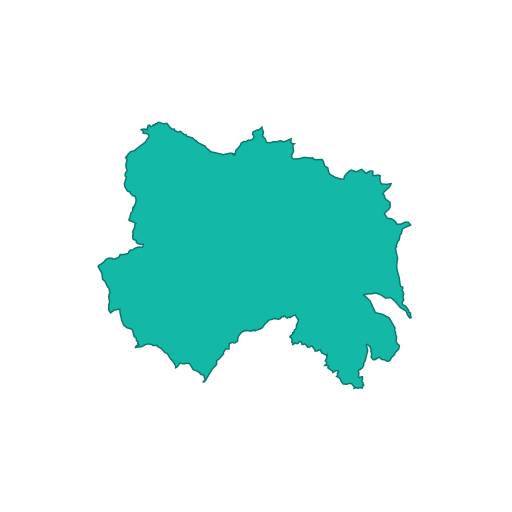 outline of Cayambe, Pichincha, Ecuador, rotated 236°
{"feature_id": "8360857B65214647181775", "entity_name": "Cayambe", "entity_type": "district", "adm_level": 2, "iso_a3": "ECU", "parent_name": "Ecuador", "parent_adm1": "Pichincha", "projection": "robinson", "projection_center": [-78.111, -0.003], "detail": "fine", "context": "isolated", "style": "filled", "palette": "teal", "viewbox_px": 512, "rotation_deg": 236, "n_neighbors": 0, "source": "geoboundaries", "source_scale": "gbopen_adm2", "svg_char_len": 6143}
<svg xmlns="http://www.w3.org/2000/svg" viewBox="0 0 512 512"><g transform="rotate(236 256 256)"><path d="M337.1,129.8L336.0,126.1L336.1,120.2L335.5,119.2L327.6,118.5L322.6,115.8L319.3,116.6L313.5,115.8L310.7,116.1L309.1,114.9L306.8,114.4L306.4,112.9L304.4,111.0L299.5,108.8L298.1,106.8L293.7,103.7L290.2,103.6L290.4,108.5L288.0,113.4L285.3,111.7L278.0,108.8L272.7,107.7L268.6,108.9L265.4,111.7L263.6,112.2L257.2,109.9L255.3,110.9L252.5,109.5L250.9,110.4L249.5,109.0L248.0,109.3L248.6,106.7L247.3,104.4L247.4,105.3L244.7,110.9L244.3,115.3L243.2,117.7L240.8,120.2L239.5,120.4L237.3,123.8L236.3,123.7L231.9,125.9L227.2,126.4L224.7,127.9L218.4,127.6L215.3,128.3L210.2,128.0L208.3,126.9L208.1,128.3L209.8,133.1L206.9,135.8L205.7,138.9L203.8,140.8L197.0,140.4L193.4,142.9L190.8,143.9L188.6,144.0L187.4,145.4L186.1,145.9L181.9,144.7L181.2,141.9L180.7,142.2L180.8,143.8L186.8,156.6L188.0,162.5L191.3,165.0L191.2,167.4L192.9,174.4L194.2,174.8L195.8,178.7L195.8,179.3L194.0,181.5L198.3,184.7L197.7,188.1L196.4,188.9L195.6,190.4L195.9,191.2L195.6,192.5L195.8,193.3L197.4,194.1L199.5,196.9L200.9,201.0L200.4,205.2L199.8,205.3L199.4,206.8L196.4,209.9L196.4,212.0L195.7,211.9L195.2,212.4L195.4,213.2L194.5,213.5L195.0,214.7L194.3,214.9L193.6,216.9L193.9,217.7L192.9,218.8L193.2,220.0L192.9,220.9L194.7,225.5L195.6,231.5L194.6,233.5L193.8,236.9L192.9,237.0L192.6,238.0L190.9,239.1L190.5,241.6L191.3,242.0L190.9,242.6L191.3,243.7L190.3,244.6L190.7,245.5L190.0,246.4L187.2,246.9L186.7,249.3L185.6,250.3L186.0,251.6L185.2,255.5L179.6,255.4L178.6,254.8L176.7,252.4L176.7,251.4L174.5,249.8L173.3,248.2L173.0,246.1L171.5,244.9L172.0,243.6L170.7,242.8L170.4,239.2L169.6,238.8L168.5,239.5L165.9,238.8L164.5,237.4L162.8,237.7L162.1,236.9L161.7,238.1L162.3,239.6L160.6,240.7L160.1,242.4L160.8,243.7L160.3,244.7L158.7,245.6L157.1,244.6L156.2,245.8L156.0,247.2L153.3,248.0L151.5,247.7L150.6,249.4L150.6,251.7L150.1,252.1L145.4,252.3L144.1,251.8L142.9,254.1L142.6,256.8L138.9,256.3L135.2,258.4L134.7,259.8L134.0,260.0L133.5,258.7L132.0,258.0L130.4,254.8L128.7,255.3L127.2,254.3L126.8,251.8L124.8,254.5L124.1,254.5L123.1,253.0L118.0,255.0L116.4,254.6L116.3,257.8L115.6,259.4L114.6,259.9L113.8,259.8L113.5,258.1L111.3,256.8L111.1,255.5L107.8,257.2L104.2,256.5L101.2,256.7L99.0,259.4L98.4,261.7L96.9,263.8L92.3,264.3L91.5,263.3L90.4,266.2L89.2,266.7L88.8,268.9L87.1,269.9L88.5,271.8L88.7,273.2L90.1,273.0L90.9,273.8L92.8,273.5L95.2,276.1L96.5,276.7L97.3,274.6L97.2,273.8L98.5,273.4L101.6,276.0L103.3,276.3L104.1,278.1L103.6,278.9L103.8,281.5L105.3,284.4L107.0,285.3L107.9,287.6L115.0,295.6L120.7,297.9L120.5,298.9L116.6,300.0L115.9,299.3L114.2,299.4L112.9,298.0L110.1,297.2L107.8,294.9L104.5,295.1L103.5,296.7L103.2,301.7L99.8,302.4L97.9,304.7L96.4,305.2L94.8,306.8L94.5,308.6L96.0,311.4L96.8,315.8L98.1,317.4L99.0,322.1L101.0,324.5L102.5,324.7L104.3,324.0L107.3,324.6L110.3,327.3L113.3,328.0L114.8,329.1L116.2,328.9L118.7,331.0L130.2,331.8L136.9,328.3L142.2,323.3L154.9,325.5L163.7,323.6L161.8,328.1L160.4,329.8L158.4,334.7L153.9,337.8L148.7,339.9L146.0,344.6L140.2,346.0L132.7,346.8L126.4,349.6L122.3,348.7L118.5,348.9L118.3,350.3L119.6,350.4L122.3,352.2L123.6,351.4L125.4,352.1L130.4,352.1L133.9,350.3L135.8,351.3L137.0,354.0L140.0,355.0L142.0,357.3L146.4,358.4L147.1,359.6L148.2,360.2L149.6,359.1L151.2,359.2L157.7,362.5L166.7,365.6L169.6,367.4L175.1,372.2L183.4,375.4L184.6,376.5L185.1,377.9L186.1,377.9L188.4,381.1L189.6,384.1L192.8,387.0L193.2,388.8L196.4,392.4L196.6,393.5L195.2,401.5L198.6,401.2L200.6,398.9L201.3,394.1L203.4,390.6L207.0,390.8L211.0,389.2L214.0,385.9L218.9,386.1L219.5,386.2L220.7,392.9L221.8,394.7L225.5,397.1L231.0,395.2L232.7,395.4L234.4,396.4L236.7,395.7L237.7,398.8L238.4,404.4L239.4,407.1L240.5,408.4L242.2,404.6L245.6,400.3L248.4,400.6L251.3,402.2L253.1,403.9L254.7,402.7L256.9,398.2L258.3,398.3L260.7,400.2L261.5,399.9L262.9,397.4L263.1,393.3L268.8,392.1L269.7,386.3L273.9,383.1L274.3,381.3L273.5,376.6L272.6,373.9L270.6,371.9L272.1,369.7L276.6,365.8L282.7,362.9L284.1,362.9L289.1,364.8L292.1,363.2L297.0,364.8L299.1,364.7L302.6,359.1L303.9,358.1L306.0,357.8L306.4,356.3L310.9,351.0L312.5,346.1L315.6,341.1L317.1,340.8L319.1,341.3L321.9,345.8L326.7,348.2L327.6,349.3L327.6,350.4L328.8,349.0L330.2,348.4L331.8,349.1L333.5,350.7L334.8,343.6L335.7,342.2L337.9,340.9L339.3,336.5L341.0,334.6L341.7,331.6L344.2,328.1L348.1,329.2L351.6,328.5L354.7,331.6L358.4,332.2L359.5,332.9L358.9,329.4L360.1,326.4L360.4,322.9L359.2,321.4L355.6,320.9L354.6,318.1L355.2,315.7L356.4,314.5L356.5,311.3L357.8,309.8L357.7,306.6L356.5,304.8L355.2,300.6L355.2,299.0L351.8,295.1L352.1,294.2L352.7,294.0L353.1,294.6L353.4,293.7L353.9,294.1L355.6,292.4L358.2,285.7L368.4,276.2L369.4,276.6L373.5,275.1L375.4,275.3L382.3,271.3L385.2,270.9L386.2,269.9L389.3,269.5L393.9,265.6L395.7,265.9L397.0,264.1L398.2,264.2L399.1,263.5L401.4,263.2L403.1,259.8L404.2,259.6L404.8,258.8L407.0,259.2L408.0,257.4L411.5,256.5L415.6,256.4L416.4,255.4L416.8,253.6L421.2,250.2L421.5,248.6L421.0,247.7L421.8,246.7L421.3,244.9L422.2,244.2L421.6,242.9L421.9,241.3L422.3,240.8L424.0,241.0L424.5,239.8L422.9,237.5L421.3,236.5L422.7,235.7L423.0,234.6L423.8,234.3L424.9,232.1L424.9,231.4L423.3,232.1L421.4,231.9L421.1,231.2L420.0,231.9L419.2,233.5L417.7,234.3L416.1,234.8L414.3,233.6L413.9,231.6L412.3,228.0L411.4,213.4L412.6,210.6L411.8,206.4L411.0,205.4L410.9,203.6L410.4,204.0L409.6,202.8L408.1,203.2L404.6,199.2L403.6,199.2L402.9,198.2L400.8,197.4L398.5,196.9L398.2,195.0L397.1,193.3L395.4,192.3L393.9,192.7L389.3,187.1L385.9,185.9L382.7,185.8L381.2,185.9L379.7,187.4L378.3,187.0L374.9,187.5L374.2,188.5L372.7,189.1L369.7,188.1L367.3,186.0L365.4,183.1L365.4,182.1L364.8,181.8L364.8,180.9L362.1,178.7L361.5,176.1L358.4,173.1L357.5,171.2L356.3,170.7L353.6,172.8L350.1,174.6L349.5,172.9L348.1,172.1L344.8,167.1L342.6,166.3L342.1,165.3L338.8,163.5L337.3,164.2L336.4,165.3L335.1,165.1L334.6,164.4L332.6,164.8L329.9,167.0L328.7,169.2L326.8,167.3L327.3,165.6L328.6,164.5L329.3,163.0L330.1,160.2L330.1,156.6L331.2,155.3L330.7,152.9L329.6,151.4L331.1,147.3L333.2,144.2L331.7,141.6L332.1,139.0L333.0,136.0L334.4,135.6L336.5,132.9L337.1,129.8Z" fill="#14b8a6" stroke="#0f766e" stroke-width="1.5"/></g></svg>